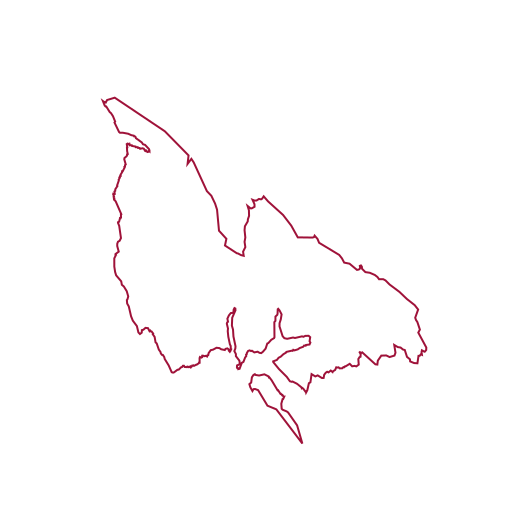 Balestrand nor, Sogn og Fjordane, Norway, rotated 73°
{"feature_id": "86288312B39702039742049", "entity_name": "Balestrand nor", "entity_type": "district", "adm_level": 2, "iso_a3": "NOR", "parent_name": "Norway", "parent_adm1": "Sogn og Fjordane", "projection": "robinson", "projection_center": [6.463, 61.269], "detail": "fine", "context": "isolated", "style": "outline", "palette": "rose", "viewbox_px": 512, "rotation_deg": 73, "n_neighbors": 0, "source": "geoboundaries", "source_scale": "gbopen_adm2", "svg_char_len": 6137}
<svg xmlns="http://www.w3.org/2000/svg" viewBox="0 0 512 512"><g transform="rotate(73 256 256)"><path d="M354.6,116.6L349.4,118.6L341.2,124.3L332.3,129.3L322.3,136.6L317.2,139.3L315.4,141.1L314.2,145.1L311.6,146.0L308.9,147.9L305.3,152.1L303.4,156.1L299.3,158.3L297.1,157.9L295.7,158.4L295.8,159.6L297.9,159.9L298.7,160.7L299.0,161.7L298.8,163.5L290.7,168.8L288.1,173.6L283.4,174.5L279.3,176.1L261.8,191.8L257.6,192.2L253.7,194.0L254.9,195.0L254.9,196.5L250.4,210.6L237.3,213.4L224.7,218.1L207.3,228.5L201.2,231.2L203.0,233.4L203.3,234.6L202.3,236.5L203.1,239.3L202.6,241.1L201.2,242.9L206.0,242.3L208.5,243.0L209.2,246.2L208.8,247.3L205.7,249.4L210.2,249.4L215.6,250.9L218.5,253.0L220.5,253.8L224.3,257.9L228.0,259.4L235.2,260.8L239.1,262.8L244.4,263.6L248.1,267.1L252.2,267.7L250.8,270.0L248.3,272.5L247.8,273.5L236.9,282.6L230.9,279.3L221.0,284.0L200.3,279.7L193.9,279.8L185.3,281.1L179.6,284.0L148.3,288.2L144.2,289.4L147.9,294.5L140.1,291.1L110.1,306.7L63.3,344.8L63.3,352.8L65.3,354.8L64.6,355.3L64.6,356.0L63.1,357.1L67.9,356.7L69.1,356.1L69.2,355.5L75.6,353.8L77.0,352.9L80.5,351.9L86.3,351.4L87.0,352.3L97.4,350.7L98.4,350.0L99.1,347.5L101.7,342.5L104.0,339.9L105.2,337.7L105.9,337.6L106.0,337.0L106.9,336.4L108.2,336.4L114.0,332.0L116.1,331.4L117.3,329.6L122.4,327.1L123.8,327.0L124.5,327.2L123.9,327.5L124.9,328.2L124.8,329.5L123.4,330.0L123.4,330.7L122.7,330.7L122.8,331.4L120.6,331.9L119.8,333.0L119.6,335.5L118.7,335.7L118.1,337.3L117.4,337.3L116.8,339.2L116.1,339.2L114.5,342.4L113.8,342.4L113.2,344.2L112.4,344.2L112.8,344.6L111.4,345.3L110.9,346.0L111.2,346.9L114.5,347.3L114.5,347.7L118.1,348.6L121.0,348.8L121.1,349.6L122.0,349.8L122.8,350.7L123.8,353.1L125.0,353.7L130.4,353.8L130.8,354.7L132.3,355.2L132.3,355.8L133.2,356.0L135.9,358.6L135.8,359.3L136.7,359.5L138.6,361.7L139.6,361.9L139.4,362.3L140.2,363.0L141.1,363.2L141.1,363.8L142.0,364.0L143.0,365.1L143.7,365.1L147.9,368.2L148.6,368.1L151.0,371.0L152.6,371.6L152.9,372.5L155.2,372.9L154.8,374.0L155.5,374.0L155.5,374.5L157.7,374.4L157.7,374.8L160.2,375.2L160.2,374.8L161.0,375.0L162.7,374.2L176.6,372.6L176.7,373.0L179.6,373.8L179.7,374.7L180.4,374.7L180.4,375.2L183.2,376.9L183.3,378.0L183.9,378.3L187.1,378.0L199.4,379.9L201.6,382.0L202.0,383.8L203.7,385.1L205.9,385.8L211.7,386.0L213.0,389.6L213.7,389.6L213.6,390.0L214.9,390.4L216.8,392.2L224.7,394.6L230.1,395.4L233.6,395.4L240.8,392.3L244.3,392.7L246.5,391.3L251.9,389.9L257.3,390.0L259.8,391.6L260.4,392.4L263.8,393.1L267.0,392.4L277.1,393.1L281.8,392.7L288.2,390.4L294.7,390.8L296.7,389.8L295.9,387.7L293.5,386.8L293.6,385.3L292.4,382.7L293.4,380.4L296.8,379.8L296.4,378.9L297.5,378.5L297.7,377.9L300.1,377.0L300.6,377.6L303.7,376.6L309.2,377.3L310.6,376.5L317.1,376.3L319.8,375.4L321.3,375.5L323.1,374.8L323.4,374.0L325.8,373.3L327.8,373.4L335.1,371.5L342.5,370.6L343.3,369.4L343.3,368.4L341.8,364.3L342.1,363.2L340.5,360.1L340.5,358.9L339.6,358.0L339.9,357.0L341.3,356.6L342.1,354.5L341.7,354.0L342.6,352.9L342.3,352.2L343.4,351.2L342.5,350.6L343.0,350.0L342.1,349.0L342.6,348.2L342.3,347.8L342.9,347.1L342.4,344.8L342.6,344.5L341.8,342.0L341.3,341.7L341.5,341.1L337.1,339.8L336.2,339.1L337.2,338.0L337.0,337.0L335.6,336.6L335.7,336.0L336.8,334.4L336.8,333.2L337.8,332.2L336.8,331.5L336.9,330.7L335.0,329.7L332.8,326.8L333.0,324.5L332.2,320.6L333.4,317.9L335.0,316.6L336.8,313.3L335.9,312.3L336.0,310.4L337.5,309.3L338.5,309.7L339.4,309.3L338.8,309.0L339.5,308.4L337.9,307.0L337.6,307.3L334.6,306.5L332.9,306.8L325.2,306.1L319.6,305.0L317.2,304.0L312.2,303.7L311.1,303.0L310.7,302.0L307.6,301.7L304.9,299.3L303.2,296.8L303.6,294.7L303.3,294.1L300.7,293.0L299.5,291.8L300.2,291.1L301.9,291.5L308.1,296.8L315.5,299.4L319.7,299.5L326.4,301.1L336.4,302.0L338.4,302.8L340.6,304.5L343.9,303.9L345.9,304.5L351.2,302.5L353.9,302.9L354.8,303.7L355.1,306.1L356.9,306.8L357.8,306.7L358.2,305.6L359.0,305.9L359.1,304.7L354.0,300.8L353.6,299.0L349.8,296.0L348.9,294.6L347.4,294.3L347.2,293.6L346.1,293.1L344.5,291.3L344.4,289.7L345.5,288.5L345.4,287.6L347.7,285.8L348.0,282.4L349.6,281.0L350.4,279.4L349.6,277.4L347.4,273.9L343.0,270.8L342.9,269.7L340.6,265.9L339.8,262.7L339.1,262.1L324.6,257.8L323.7,256.4L319.6,255.1L318.5,252.9L317.6,252.3L313.3,250.8L313.0,250.2L314.9,249.4L319.3,248.6L323.8,250.8L327.1,253.1L330.2,254.1L340.4,254.0L342.9,252.9L344.3,250.4L344.8,244.4L345.8,242.7L346.3,235.5L347.1,234.3L346.8,232.2L347.7,229.0L349.5,227.9L353.2,229.7L354.7,229.3L356.3,230.7L355.7,234.2L356.3,234.7L355.7,236.2L356.6,237.4L356.8,241.2L357.5,243.3L357.5,246.8L356.6,247.8L357.4,248.7L357.0,249.4L356.6,255.0L357.2,255.6L357.9,258.5L359.5,261.8L359.9,264.1L361.5,266.4L361.8,270.4L362.5,270.5L370.8,267.1L380.6,261.9L385.7,260.2L386.8,258.5L386.7,257.8L390.1,254.2L395.1,250.8L395.9,250.9L395.8,250.2L396.9,249.5L400.1,248.4L400.0,247.9L401.2,248.0L399.4,246.2L393.1,242.6L392.7,240.9L385.2,237.4L388.5,234.5L388.2,231.9L391.9,228.7L392.4,227.0L389.5,225.5L388.0,223.4L387.5,221.8L388.5,220.7L387.4,218.0L389.4,216.7L388.8,216.2L388.1,213.6L385.9,211.8L386.5,210.7L386.6,209.6L387.9,208.9L388.6,206.3L387.8,204.9L388.2,204.2L387.5,203.0L387.7,202.5L386.5,197.9L389.6,196.3L389.9,193.9L390.9,192.3L389.9,189.5L384.5,188.3L383.0,186.6L382.9,185.5L380.4,184.6L377.6,185.2L379.6,183.9L379.2,182.6L394.5,173.5L395.3,171.7L391.7,170.1L387.9,165.3L389.2,160.5L391.7,157.8L391.7,152.7L389.3,150.9L381.5,149.8L384.6,147.0L385.8,144.5L388.4,142.8L389.4,141.2L396.6,141.1L399.8,139.0L401.9,139.4L404.6,136.1L405.8,133.0L399.0,129.8L399.3,128.7L398.2,127.1L399.0,126.2L396.3,125.8L394.7,124.9L396.8,122.9L396.8,122.4L395.6,120.7L393.3,119.9L376.7,123.2L374.3,120.8L366.3,121.0L364.0,121.7L361.6,121.8L354.6,116.6ZM376.6,299.8L379.9,299.8L384.1,298.9L382.6,297.3L382.9,295.8L384.9,293.2L402.5,288.8L408.6,281.4L448.9,266.5L430.0,266.2L414.9,271.1L413.5,272.2L410.8,275.5L409.6,276.1L404.7,275.0L400.6,272.4L400.7,271.8L398.7,270.1L398.5,270.8L396.7,271.3L396.8,271.7L395.0,272.5L395.0,272.9L390.8,274.1L390.8,274.6L379.4,277.4L375.9,278.7L375.9,279.2L374.8,279.2L371.6,282.6L371.2,288.0L369.4,291.6L368.7,291.7L369.0,293.2L370.8,295.4L375.6,297.6L376.6,299.8Z" fill="none" stroke="#9f1239" stroke-width="2"/></g></svg>